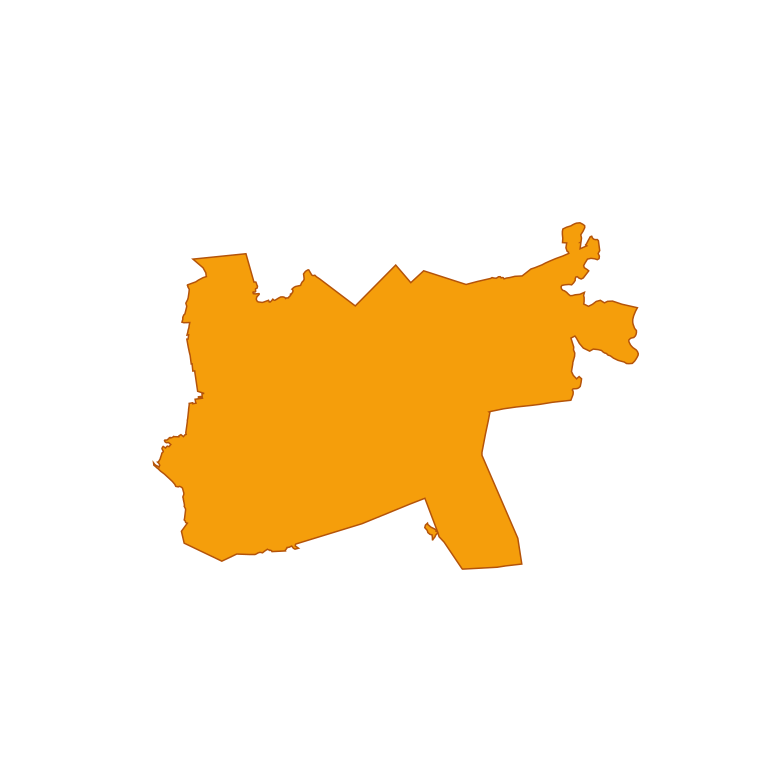 Tetecala, Morelos, Mexico (orthographic projection), rotated 224°
{"feature_id": "50627088B24263329941793", "entity_name": "Tetecala", "entity_type": "district", "adm_level": 2, "iso_a3": "MEX", "parent_name": "Mexico", "parent_adm1": "Morelos", "projection": "orthographic", "projection_center": [-99.406, 18.688], "detail": "fine", "context": "isolated", "style": "filled", "palette": "amber", "viewbox_px": 768, "rotation_deg": 224, "n_neighbors": 0, "source": "geoboundaries", "source_scale": "gbopen_adm2", "svg_char_len": 6147}
<svg xmlns="http://www.w3.org/2000/svg" viewBox="0 0 768 768"><g transform="rotate(224 384 384)"><path d="M388.0,522.7L394.1,512.6L434.1,493.0L435.1,475.5L458.2,477.7L458.9,420.2L503.3,414.9L507.2,414.2L509.3,414.2L509.7,413.4L510.7,412.5L511.6,412.2L517.4,413.8L518.0,413.2L518.6,411.2L518.7,409.9L518.3,407.2L516.8,406.1L514.2,403.9L513.7,402.4L513.7,400.4L513.2,398.6L512.5,397.0L515.4,392.6L516.0,390.6L516.1,388.3L515.8,388.4L514.4,388.0L514.0,387.6L513.7,387.1L513.4,386.1L513.3,384.9L513.0,383.7L513.6,383.6L512.7,382.2L512.9,380.6L512.6,379.6L514.3,377.7L514.2,377.2L515.6,377.3L516.7,376.8L517.6,376.1L518.8,374.8L519.5,372.7L520.6,368.4L521.3,367.9L522.9,367.8L522.7,365.8L522.8,364.0L523.3,363.8L523.5,363.3L525.2,364.0L527.5,359.3L528.2,358.1L531.6,355.6L532.5,355.6L533.1,355.5L533.8,355.8L534.8,356.3L535.4,357.2L535.7,357.9L536.0,358.1L536.0,360.3L536.0,361.3L536.2,362.0L536.6,362.2L537.0,361.9L539.0,359.6L540.7,358.2L541.1,358.4L542.0,359.0L541.8,359.6L540.7,360.4L540.6,361.3L540.8,361.7L541.5,362.1L542.5,363.3L541.9,364.9L542.7,366.2L543.1,366.6L544.2,366.9L545.8,367.8L547.0,368.3L548.4,367.0L573.8,381.8L608.2,341.1L594.9,341.9L589.4,340.2L586.8,338.1L586.4,337.9L588.0,334.9L589.7,329.8L590.4,326.5L590.7,326.0L594.2,318.8L594.0,318.4L592.8,318.1L592.7,317.7L589.8,316.8L587.7,314.1L584.7,309.9L583.8,308.1L582.9,305.1L582.7,304.5L581.9,304.0L580.0,303.0L579.3,302.0L575.9,296.1L576.0,294.8L575.4,293.0L574.9,292.0L573.7,290.8L572.3,288.1L570.6,289.0L566.4,293.3L564.7,290.6L563.6,289.2L562.2,286.5L561.2,285.1L559.7,282.3L558.7,283.7L556.2,280.3L557.0,279.3L550.2,274.4L545.9,271.5L543.2,269.8L536.6,264.5L536.1,265.2L530.5,260.5L529.3,261.9L513.0,249.3L506.8,252.3L508.2,250.6L506.2,248.8L508.6,245.9L508.0,245.3L505.4,248.1L504.7,247.7L509.3,241.8L507.4,240.4L505.9,239.6L507.8,237.0L508.6,237.6L510.7,234.7L510.0,234.1L509.2,233.1L506.8,229.8L506.6,229.7L501.3,222.9L500.3,221.3L499.3,220.3L492.6,211.1L491.3,210.3L491.9,209.1L491.7,206.8L494.9,206.5L495.5,204.3L494.9,203.5L498.7,200.1L498.9,200.1L499.0,199.0L499.9,197.0L500.7,197.0L501.0,196.4L501.1,196.1L500.8,195.1L501.1,194.0L501.2,192.9L502.7,191.4L502.7,191.0L502.5,190.7L501.0,190.3L499.8,190.6L499.3,191.0L498.6,192.0L498.2,192.2L495.3,192.4L495.1,189.6L496.7,188.8L496.8,188.4L496.7,186.2L499.5,185.7L499.4,184.5L498.8,183.2L496.0,182.3L495.7,181.5L495.8,180.0L494.8,178.3L493.7,175.9L493.0,174.7L492.3,171.9L492.4,170.8L492.6,170.5L490.6,170.5L488.9,169.8L488.1,167.9L488.7,168.0L491.8,167.0L493.1,166.9L495.0,167.2L493.1,165.7L491.1,165.9L489.3,165.9L487.5,166.1L484.1,166.1L479.3,166.7L468.6,166.9L464.7,166.5L462.7,165.7L460.5,167.1L460.2,168.1L459.0,168.8L457.5,169.1L456.6,169.1L452.1,166.4L451.2,165.3L450.4,163.3L449.6,162.5L448.6,162.1L447.9,161.3L446.8,160.8L446.4,160.3L445.4,159.8L444.7,159.2L443.4,158.3L442.8,157.2L440.0,156.3L439.2,155.5L438.2,154.2L434.2,148.9L433.3,147.4L431.9,147.4L430.5,146.6L430.1,146.7L428.8,147.3L427.4,137.3L417.2,130.7L377.6,143.9L371.8,159.4L362.2,168.0L358.4,171.7L358.0,172.5L357.3,174.9L356.4,176.6L356.0,177.0L354.1,178.2L353.8,180.7L353.1,184.1L352.8,184.1L350.9,185.0L350.5,185.0L350.4,185.4L349.1,186.0L348.2,185.6L347.8,186.0L338.9,195.5L339.5,195.9L339.8,198.6L340.2,199.0L338.9,200.6L337.8,203.3L335.0,202.9L333.3,203.4L331.4,206.5L335.3,205.9L336.2,207.0L336.2,207.8L302.8,268.2L281.9,315.7L275.2,330.2L242.8,314.9L244.4,314.3L244.5,315.2L247.2,314.8L250.9,313.6L255.0,313.4L256.0,314.1L256.2,311.3L254.9,309.0L251.2,308.7L249.2,307.6L246.5,307.8L244.6,308.8L242.6,307.2L240.5,305.2L240.8,306.1L241.2,309.6L241.8,311.0L242.1,314.5L238.3,312.4L230.9,312.0L208.0,307.1L199.4,305.3L199.2,305.4L198.9,305.4L175.3,330.8L170.1,337.7L159.8,350.2L180.6,366.0L263.9,400.7L266.0,402.8L276.2,418.4L283.2,429.6L288.1,437.1L289.0,436.9L288.1,438.5L280.7,449.3L277.9,452.9L273.0,459.2L262.7,471.5L257.7,477.7L250.0,488.0L238.3,502.1L240.2,506.6L240.9,508.0L242.2,509.5L243.1,510.2L244.4,510.5L244.6,511.9L242.5,514.1L241.6,515.4L241.2,517.0L241.2,518.6L243.1,521.7L245.5,525.0L248.8,524.9L249.1,521.5L253.8,521.7L257.8,523.2L262.2,529.6L263.1,530.6L266.2,536.4L268.3,538.8L271.4,540.2L273.2,542.4L281.4,546.9L280.0,551.1L277.9,550.8L271.6,548.9L265.6,548.3L258.9,550.5L257.7,554.5L253.7,557.6L250.8,559.2L248.7,559.2L246.8,559.6L245.6,560.3L244.6,560.5L243.5,560.3L242.5,560.6L240.8,561.5L236.9,562.0L232.1,563.6L226.4,566.7L223.8,567.2L222.0,568.7L219.7,571.3L219.6,574.5L220.0,577.0L220.6,579.4L221.2,581.2L222.1,582.4L224.2,583.4L226.3,583.7L230.0,583.1L231.6,583.1L233.7,583.3L236.1,584.1L237.6,584.8L238.4,585.7L238.4,587.9L238.0,588.9L236.6,591.0L236.6,593.3L237.3,595.1L238.4,596.7L239.7,597.9L241.1,597.9L242.6,598.2L246.3,600.0L248.0,601.2L249.9,603.2L251.8,606.5L253.6,611.0L254.7,614.9L268.2,606.7L277.2,602.4L280.6,598.8L281.8,595.5L286.5,594.5L288.7,590.8L289.4,586.1L290.9,581.9L295.9,580.3L297.4,582.4L300.1,585.2L301.9,586.3L303.5,589.2L305.4,584.6L308.5,580.9L309.9,578.5L311.4,576.9L313.5,576.7L316.4,576.8L318.9,576.4L320.5,575.6L322.3,575.7L324.1,576.8L324.5,578.5L322.8,581.0L320.1,584.1L317.9,585.7L317.9,588.5L318.4,591.3L319.7,592.7L320.3,594.3L319.5,595.5L317.3,595.6L315.1,596.5L314.3,598.7L315.3,607.6L317.1,607.5L320.7,606.8L322.6,607.8L323.4,610.5L324.4,615.2L322.4,618.2L319.3,620.5L316.9,621.6L316.4,623.6L317.9,625.6L320.6,626.6L321.5,629.8L329.3,636.0L330.9,636.1L332.1,634.8L333.8,633.8L335.8,633.9L337.1,634.6L337.5,634.3L337.9,632.7L337.5,631.7L337.0,629.7L335.7,625.4L335.6,624.1L334.1,624.3L336.9,617.5L340.6,622.5L341.2,622.0L341.0,623.1L343.3,626.2L346.1,628.0L346.9,632.0L348.2,635.9L349.1,636.8L349.7,637.3L352.0,637.0L355.0,636.1L357.3,633.4L358.0,632.0L358.9,629.6L359.4,627.6L361.6,623.6L363.0,619.8L361.7,617.7L359.8,615.7L356.5,612.9L353.8,609.7L350.6,612.4L347.7,608.3L344.5,606.7L343.4,607.0L341.8,606.3L344.4,600.0L345.8,597.2L347.7,593.3L350.0,587.9L351.9,583.2L353.1,579.5L356.3,572.4L358.2,568.8L359.7,557.7L364.7,552.3L365.0,551.8L367.7,547.6L369.5,545.3L370.7,543.0L372.1,543.3L372.6,543.0L373.5,541.7L374.6,542.0L375.0,541.9L376.1,540.7L376.7,538.1L378.5,536.6L380.2,535.6L380.7,533.9L388.0,522.7Z" fill="#f59e0b" stroke="#b45309" stroke-width="1.5"/></g></svg>